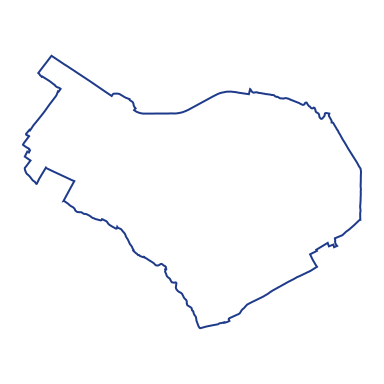 the district of Dimacheni, Botosani, Romania
{"feature_id": "2599482B21601290195864", "entity_name": "Dimacheni", "entity_type": "district", "adm_level": 2, "iso_a3": "ROU", "parent_name": "Romania", "parent_adm1": "Botosani", "projection": "albers", "projection_center": [26.55, 47.903], "detail": "fine", "context": "isolated", "style": "outline", "palette": "blue", "viewbox_px": 384, "rotation_deg": 0, "n_neighbors": 0, "source": "geoboundaries", "source_scale": "gbopen_adm2", "svg_char_len": 5906}
<svg xmlns="http://www.w3.org/2000/svg" viewBox="0 0 384 384"><path d="M310.6,270.8L317.0,266.8L315.7,264.9L312.5,259.4L310.1,254.3L316.9,250.9L316.2,249.8L327.7,242.9L328.9,246.3L333.3,244.6L334.1,247.2L337.1,245.9L336.0,244.5L335.6,243.8L335.3,242.9L335.1,242.0L335.2,240.3L334.9,238.3L342.4,235.2L346.1,231.7L348.9,229.7L354.3,225.0L359.7,219.8L360.1,219.5L360.3,219.6L360.3,219.4L360.2,217.4L360.2,214.0L360.2,212.9L360.4,211.9L360.5,210.2L360.3,208.3L360.2,207.2L360.1,206.4L360.3,204.9L360.6,200.1L360.6,198.2L360.8,194.3L360.7,191.5L360.9,190.0L360.8,188.5L360.6,185.7L360.8,181.1L360.8,177.1L361.0,171.5L360.6,168.9L360.4,168.3L359.9,167.7L358.7,165.8L357.5,163.5L357.1,162.8L356.5,161.8L348.6,149.3L345.0,143.1L342.6,139.3L341.0,136.4L340.3,135.0L338.6,132.3L338.0,130.6L337.9,130.5L337.5,130.3L337.2,129.8L335.9,127.5L334.9,125.9L333.2,122.9L332.8,122.6L331.6,122.5L331.6,121.4L331.6,120.9L331.5,120.5L328.9,115.9L328.9,115.6L328.9,114.9L329.3,113.6L326.2,113.0L325.7,113.1L325.2,113.3L324.9,113.5L324.8,114.0L324.6,115.7L324.0,116.5L323.3,117.4L322.4,118.4L321.8,118.8L321.2,118.8L320.7,118.6L319.8,117.6L319.5,117.0L319.3,116.2L319.1,114.8L318.8,114.2L318.6,113.7L317.3,112.7L316.9,112.6L316.5,112.4L315.7,111.6L315.6,111.2L315.4,109.9L315.1,109.1L314.9,108.8L314.7,108.1L314.4,107.9L313.7,107.6L313.4,107.8L312.8,108.3L312.3,108.4L311.7,108.3L311.1,108.0L310.7,107.7L310.1,106.8L309.7,106.4L309.2,106.3L308.3,105.3L307.6,104.3L306.7,102.7L306.3,102.5L305.5,102.7L305.1,103.0L304.8,103.4L304.6,104.1L304.3,104.4L303.7,104.7L303.0,104.9L302.5,104.8L299.8,103.5L299.1,103.0L297.9,102.6L293.2,100.7L291.0,99.9L290.0,99.3L289.5,99.3L288.5,98.7L287.5,98.5L286.6,98.2L286.0,98.1L285.2,98.1L283.4,98.6L282.6,98.5L281.3,98.3L280.9,98.4L280.3,98.3L279.8,98.2L279.0,97.7L277.6,96.8L276.5,96.9L275.6,96.5L274.9,96.1L274.3,95.5L273.7,95.1L272.6,95.0L271.7,95.0L270.4,94.6L269.4,94.5L267.5,94.2L265.8,94.1L263.9,93.6L263.1,93.6L261.4,93.2L258.9,92.9L258.4,92.9L258.1,92.8L257.8,92.5L257.6,92.4L256.5,92.3L255.0,92.4L253.8,92.7L252.7,92.3L252.2,91.9L251.5,91.1L251.1,90.4L250.4,89.3L250.1,89.1L248.9,94.2L237.9,92.6L236.3,92.2L230.7,91.6L226.6,91.7L221.6,92.7L219.8,93.2L217.8,94.0L213.2,96.3L188.0,110.0L185.0,111.3L182.6,112.2L179.8,112.9L176.5,113.4L175.1,113.5L171.0,113.4L168.8,113.5L146.5,113.6L143.0,113.6L140.2,113.1L138.4,112.5L136.6,111.8L134.1,110.2L134.8,109.1L135.6,108.4L134.7,107.2L134.4,107.0L133.7,105.5L133.5,104.0L133.2,103.1L132.8,102.3L132.2,101.7L131.5,101.3L130.6,100.6L129.9,100.2L129.6,99.9L129.5,99.6L129.5,99.0L128.7,98.9L127.6,98.4L125.9,97.8L124.1,96.8L120.3,94.5L119.2,93.9L117.1,93.6L116.3,93.6L114.2,93.7L113.5,93.8L112.8,94.3L111.7,96.0L105.3,91.7L101.8,89.3L89.2,80.7L66.8,65.9L63.9,64.1L51.5,55.8L41.2,69.2L38.3,73.0L39.4,74.1L40.0,75.1L41.4,76.4L41.8,76.9L42.3,76.5L49.6,81.1L53.6,84.2L54.5,84.7L54.7,84.9L54.7,85.2L56.1,86.5L56.8,87.0L59.0,87.8L59.6,88.1L60.6,88.9L58.6,91.7L58.0,91.3L56.4,95.4L55.4,96.8L49.5,104.5L45.1,110.7L42.3,114.4L36.1,122.1L33.6,125.1L32.3,127.0L31.3,128.6L30.0,130.4L29.5,129.8L26.0,134.0L26.1,134.3L26.3,134.8L26.5,135.0L27.4,135.4L28.3,135.6L28.8,135.9L29.1,136.2L23.7,143.3L23.0,144.8L24.7,146.1L26.6,147.4L28.9,148.6L29.2,148.9L29.2,149.1L29.2,149.4L29.1,149.7L30.0,150.3L28.9,152.5L27.3,151.6L24.8,156.6L27.1,158.2L30.5,160.5L25.8,166.8L25.2,167.4L24.8,168.0L24.8,169.1L25.2,170.5L25.4,171.1L26.5,173.5L27.4,174.4L28.1,174.9L29.6,176.3L30.3,177.2L31.4,178.7L32.8,180.4L34.9,181.9L36.0,183.5L36.2,183.8L36.4,183.9L36.6,183.8L37.0,183.5L37.3,182.7L38.1,181.1L39.2,178.8L43.1,172.3L45.9,167.6L46.3,168.1L47.1,168.5L54.4,172.0L59.4,174.3L71.8,180.1L74.3,181.1L70.9,187.3L63.5,201.0L63.9,200.9L64.4,201.2L68.1,203.7L69.2,204.8L70.6,205.9L71.6,206.5L72.5,206.9L73.3,207.5L74.5,208.6L75.3,210.4L75.7,210.9L77.3,212.0L79.1,212.2L80.4,212.2L81.1,212.2L81.8,212.5L82.9,213.3L84.4,214.0L85.1,213.9L86.6,214.2L89.4,215.6L92.4,217.8L94.1,218.4L95.6,219.1L97.7,219.6L100.6,220.4L101.2,220.3L101.5,220.1L101.9,219.2L102.7,219.3L103.4,219.8L106.0,221.0L106.9,221.7L108.5,224.0L109.4,224.8L111.6,226.2L114.5,227.8L115.3,228.3L115.9,228.6L116.3,228.6L116.7,228.5L116.9,228.1L117.2,226.9L117.7,227.6L118.4,228.0L120.6,228.9L121.3,229.4L122.7,231.2L124.7,233.5L125.0,233.9L125.1,234.3L125.6,235.4L126.0,236.7L127.7,239.3L128.4,240.7L129.8,243.9L131.8,246.5L132.7,248.6L133.1,249.4L133.6,250.1L133.2,250.6L134.1,251.5L136.1,253.3L136.8,253.7L137.7,254.7L138.2,255.1L138.7,255.0L139.3,255.2L139.8,255.9L142.6,257.0L143.4,257.2L143.8,257.2L144.0,256.8L144.3,256.9L144.8,257.6L145.2,257.9L146.2,258.3L148.4,259.8L152.8,262.5L154.2,263.6L155.1,264.7L156.2,265.4L157.3,265.5L158.5,265.4L160.4,264.2L161.1,263.9L161.8,264.0L162.6,264.5L163.3,265.2L164.3,265.8L165.1,266.1L165.7,266.8L166.0,267.3L165.8,268.3L165.4,268.8L165.2,269.3L165.4,269.4L166.0,269.2L166.2,269.3L165.8,269.9L165.1,271.1L165.1,271.7L166.2,274.1L166.6,275.5L167.2,276.6L169.9,278.8L170.7,280.5L171.7,282.2L172.8,282.5L174.1,282.7L175.2,282.4L175.9,282.5L176.4,283.2L176.0,286.3L175.8,287.5L176.2,288.9L177.2,290.3L178.4,291.5L181.2,293.0L182.1,293.9L184.0,297.7L184.6,298.5L186.2,300.0L186.7,301.1L186.8,302.1L186.7,303.1L187.0,303.8L187.1,304.8L187.6,305.4L190.7,307.3L191.6,308.2L191.9,309.5L192.0,309.8L192.1,310.4L193.0,311.0L193.4,311.7L193.4,312.3L193.7,313.1L193.9,313.8L194.5,315.1L195.2,315.9L195.7,316.6L196.1,318.0L196.5,320.8L197.1,322.4L198.6,326.4L199.6,327.9L200.2,328.2L202.9,327.5L206.5,326.5L212.4,325.3L217.9,324.3L219.0,323.6L219.6,323.3L221.6,323.0L224.2,322.3L224.2,322.8L226.9,322.1L229.4,321.0L229.3,320.4L228.7,319.2L228.8,318.8L229.0,318.5L229.4,318.2L238.5,314.1L239.4,313.6L240.2,312.7L241.6,310.3L242.4,309.4L244.1,308.0L245.8,306.0L247.3,304.5L250.9,302.6L263.0,296.7L268.1,293.7L270.3,292.0L271.4,291.4L272.2,290.8L288.9,281.5L289.9,281.1L291.1,280.4L293.9,279.0L297.3,277.0L297.9,276.8L299.6,276.1L310.6,270.8Z" fill="none" stroke="#1e3a8a" stroke-width="2"/></svg>